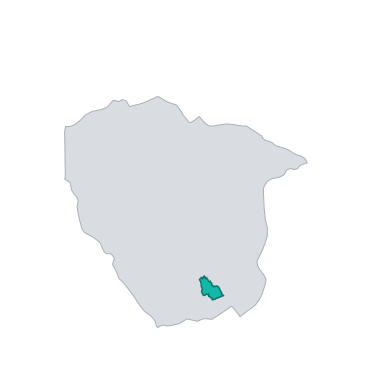 Guruve, Mashonaland Central, Zimbabwe (highlighted), rotated 143°
{"feature_id": "62879985B94788523957313", "entity_name": "Guruve", "entity_type": "district", "adm_level": 2, "iso_a3": "ZWE", "parent_name": "Zimbabwe", "parent_adm1": "Mashonaland Central", "projection": "equal_earth", "projection_center": [30.574, -16.701], "detail": "fine", "context": "in_parent", "style": "filled", "palette": "teal", "viewbox_px": 384, "rotation_deg": 143, "n_neighbors": 0, "source": "geoboundaries", "source_scale": "gbopen_adm2", "svg_char_len": 5136}
<svg xmlns="http://www.w3.org/2000/svg" viewBox="0 0 384 384"><g transform="rotate(143 192 192)"><path d="M253.6,320.4L251.1,318.3L247.6,316.9L243.2,316.3L237.5,316.5L230.4,317.7L222.8,316.3L214.8,312.3L208.1,310.8L200.1,312.6L199.7,312.6L198.3,311.3L196.1,308.3L192.4,307.8L191.5,307.1L190.6,306.0L190.1,304.6L189.9,303.1L190.5,298.2L190.1,297.7L189.2,297.1L187.1,296.5L182.3,294.3L176.3,292.2L166.4,289.9L162.6,289.2L161.7,288.5L160.6,286.7L158.6,281.2L156.8,277.5L152.6,271.8L151.9,270.1L152.1,265.5L152.3,261.9L152.8,258.8L152.6,255.9L152.5,252.3L152.6,249.9L152.0,248.8L150.5,248.1L146.1,247.8L140.8,247.9L140.6,244.3L140.0,238.6L139.0,235.3L137.8,233.6L135.3,231.9L130.4,229.4L123.6,225.7L117.8,220.3L111.1,213.5L109.1,212.3L106.6,205.9L102.7,194.9L103.0,191.3L102.4,189.5L98.7,184.1L97.9,181.3L97.2,178.5L91.4,170.6L89.4,167.1L87.9,162.7L86.3,159.2L85.1,157.7L83.4,155.3L82.2,152.6L81.7,150.5L82.1,147.8L82.6,145.9L88.1,147.8L91.1,148.0L93.5,147.0L96.4,148.3L99.9,151.9L103.6,152.6L107.7,150.4L113.2,151.1L120.2,154.6L125.9,155.3L132.7,152.2L138.8,143.4L144.5,135.1L150.1,125.6L153.4,117.9L158.4,111.6L165.0,106.7L171.7,102.7L181.9,97.6L184.0,93.5L184.6,89.0L184.6,82.7L185.1,78.6L186.2,76.8L187.9,75.3L190.1,73.5L196.9,68.7L202.6,65.6L209.5,63.6L217.1,63.6L224.4,63.6L228.5,63.6L228.6,69.6L228.9,76.4L229.7,77.1L235.2,77.2L244.0,77.7L252.5,78.2L257.9,83.1L259.7,84.1L265.4,85.5L272.5,93.7L281.2,94.5L287.1,97.0L292.3,99.8L295.3,103.2L297.3,104.0L299.9,104.2L301.2,104.6L300.9,107.0L299.1,111.1L299.3,117.0L301.7,125.2L302.0,132.3L301.2,144.8L301.2,156.9L301.4,161.2L301.8,164.1L302.3,165.7L302.2,167.5L300.7,172.5L299.6,177.9L299.5,180.0L299.1,181.5L298.2,182.8L294.4,185.3L293.8,186.8L293.8,189.6L294.2,191.9L295.7,192.8L297.3,194.1L298.0,195.8L298.0,197.6L297.4,201.0L295.9,206.6L297.4,213.0L299.0,217.2L301.3,222.0L302.3,225.0L302.2,227.2L301.9,229.2L298.4,238.0L295.8,243.5L292.7,249.3L288.7,253.0L287.6,254.8L287.2,256.8L287.3,261.2L287.1,265.7L283.7,272.8L285.8,278.8L285.3,279.4L284.1,280.3L279.1,287.1L274.1,294.0L270.4,299.0L266.2,304.7L261.6,311.1L257.6,316.6L253.6,320.4Z" fill="#d9dde1" stroke="#a8b0b8" stroke-width="1"/><path d="M239.8,93.2L239.2,93.1L238.6,92.7L238.3,92.6L237.9,92.4L237.6,92.4L237.2,92.4L236.9,92.5L236.7,92.5L236.2,92.4L236.0,92.5L235.7,92.6L235.5,92.2L235.1,92.1L235.0,91.7L234.8,91.7L234.7,91.7L234.4,91.8L234.2,91.8L234.0,91.7L233.9,91.6L233.5,91.4L232.9,91.4L232.5,91.2L232.3,91.1L232.1,91.1L231.9,91.1L231.7,91.1L231.5,90.9L231.3,90.7L231.2,90.7L231.0,90.8L230.8,90.9L230.6,90.9L230.4,90.9L230.2,90.8L229.8,90.7L229.7,90.7L229.5,90.3L229.4,90.3L229.2,90.3L229.2,90.5L229.3,90.7L229.2,90.8L229.2,91.0L229.3,91.4L229.4,91.5L229.5,92.0L229.7,92.3L229.6,92.5L229.6,92.8L229.4,93.1L229.4,93.3L229.3,93.5L229.2,93.5L229.2,93.8L228.8,94.0L229.1,94.5L229.0,94.9L228.9,95.1L228.9,95.5L228.8,95.8L228.7,96.0L228.8,96.1L228.8,96.5L228.8,96.8L228.8,97.0L228.7,97.1L228.5,97.4L228.4,97.4L228.3,97.6L228.4,97.8L228.3,98.0L228.3,98.3L228.1,98.5L228.2,98.8L228.2,99.0L228.0,99.4L228.0,99.5L227.9,99.6L227.9,100.0L228.0,100.5L228.2,100.8L228.4,101.0L228.5,101.1L228.5,101.3L228.5,101.5L228.6,101.8L228.6,102.0L228.8,102.1L229.0,102.0L229.3,102.3L229.5,102.3L229.8,102.4L229.9,102.6L230.0,102.6L230.3,102.7L230.4,102.9L230.5,102.9L230.7,103.0L230.9,103.0L231.0,103.1L231.4,103.2L231.5,103.3L231.5,103.5L231.7,103.4L231.8,103.3L231.9,103.5L231.8,103.9L231.9,104.1L232.0,104.7L232.1,104.9L232.0,105.0L232.3,105.1L232.2,105.3L232.0,105.5L232.1,105.8L232.0,106.0L231.9,106.0L231.8,106.3L231.7,106.4L231.7,106.5L231.6,106.8L231.4,107.0L231.2,107.4L231.1,107.5L231.1,107.8L231.2,108.0L231.3,108.1L231.4,108.4L231.4,108.5L231.5,108.5L231.7,109.1L231.6,109.3L231.8,109.2L231.8,109.3L231.8,109.5L232.0,109.7L232.1,109.8L232.2,110.0L232.1,110.3L232.1,110.5L232.2,110.9L232.2,111.0L232.2,111.4L232.2,111.6L232.2,111.8L232.1,112.0L232.2,112.4L232.1,112.5L232.1,112.9L232.1,113.0L232.3,113.4L232.3,113.9L232.3,114.0L232.5,114.1L232.4,114.2L232.3,114.3L232.5,114.3L232.8,114.5L232.9,114.8L233.0,114.9L232.9,114.9L232.9,115.0L232.7,115.1L232.6,115.4L232.5,115.5L232.6,115.8L232.6,116.0L232.7,116.4L232.7,116.6L232.8,116.8L232.7,117.0L232.8,117.1L232.7,117.2L232.8,117.4L232.8,117.5L233.7,117.5L233.8,117.2L234.3,116.8L234.7,116.7L234.9,116.7L235.3,116.5L235.5,117.4L236.1,116.9L236.3,118.0L237.0,117.5L237.7,117.7L238.3,117.9L238.6,117.6L238.9,117.2L238.9,116.1L239.1,115.1L239.5,114.4L239.8,113.5L240.3,112.3L241.1,111.7L241.2,111.1L241.7,110.3L241.8,109.0L242.0,108.4L243.9,107.1L244.5,106.4L244.5,105.9L244.6,105.2L244.7,104.4L245.0,103.9L245.2,103.2L244.8,102.4L244.5,102.1L244.2,101.8L242.9,101.8L242.4,101.8L242.0,101.7L241.0,100.3L240.5,100.6L240.1,100.6L241.4,98.7L240.7,98.4L240.8,98.0L240.8,97.8L240.9,97.6L240.9,97.4L240.8,97.1L240.7,97.0L240.6,96.8L240.5,96.7L240.5,96.3L240.5,96.2L240.4,96.0L240.4,95.9L240.3,95.7L240.2,95.6L240.1,95.4L240.3,95.3L240.2,95.2L240.0,94.9L240.1,95.0L240.2,94.9L240.2,94.7L240.3,94.6L240.2,94.5L240.2,94.4L240.3,94.4L240.4,94.2L240.2,94.1L240.2,93.9L240.0,93.7L239.9,93.6L240.0,93.5L239.9,93.5L239.9,93.4L239.8,93.2Z" fill="#14b8a6" stroke="#0f766e" stroke-width="1.5"/></g></svg>